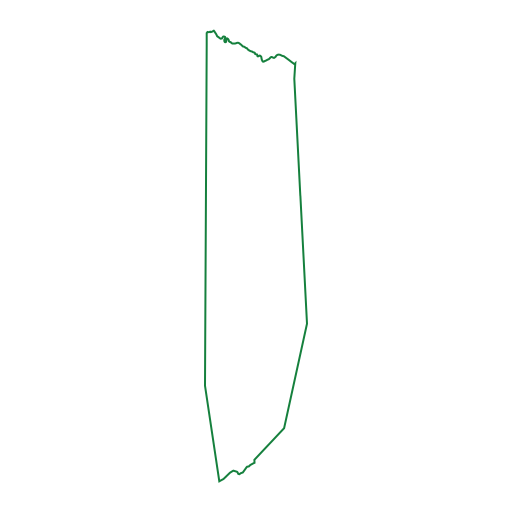 Machinda, Litoral, Equatorial Guinea
{"feature_id": "11065452B59369715507709", "entity_name": "Machinda", "entity_type": "district", "adm_level": 2, "iso_a3": "GNQ", "parent_name": "Equatorial Guinea", "parent_adm1": "Litoral", "projection": "natural_earth1", "projection_center": [9.965, 1.936], "detail": "fine", "context": "isolated", "style": "outline", "palette": "green", "viewbox_px": 512, "rotation_deg": 0, "n_neighbors": 0, "source": "geoboundaries", "source_scale": "gbopen_adm2", "svg_char_len": 2569}
<svg xmlns="http://www.w3.org/2000/svg" viewBox="0 0 512 512"><path d="M219.3,481.3L220.7,480.5L223.5,479.0L226.5,476.1L229.9,472.8L230.0,472.7L232.9,470.9L233.1,470.9L233.4,470.8L233.6,470.7L233.8,470.8L236.8,471.7L237.0,471.8L237.3,472.0L237.5,472.3L237.6,472.5L238.3,473.9L239.4,474.2L240.6,473.3L240.8,473.2L241.0,473.1L242.8,472.5L244.7,469.9L246.6,467.2L246.8,467.0L247.0,466.9L247.2,466.7L247.3,466.7L247.5,466.7L248.9,466.4L250.0,465.3L250.1,465.2L250.3,465.0L253.4,463.3L254.5,462.8L254.4,459.8L284.1,428.2L307.0,323.7L300.4,196.1L300.3,195.4L294.3,78.7L295.2,64.5L295.3,63.3L295.1,63.5L294.2,64.0L293.3,63.3L291.9,62.3L288.8,59.9L283.8,56.2L282.3,55.9L280.1,54.8L278.7,54.6L277.6,54.8L276.6,55.4L276.2,55.8L275.9,56.3L275.5,56.9L274.5,57.6L274.0,57.9L273.3,57.7L272.6,57.4L271.8,57.0L271.4,57.0L270.7,57.3L270.2,57.8L269.7,58.3L269.4,58.7L268.6,59.3L268.0,59.5L267.5,59.7L267.0,60.0L266.6,60.2L266.1,60.5L265.5,60.8L264.6,61.1L264.4,61.2L263.9,61.6L263.1,61.7L262.8,61.5L262.5,61.2L262.4,60.9L262.2,60.4L261.8,59.8L261.7,59.1L261.5,58.4L261.4,57.5L261.2,56.7L260.7,56.2L260.3,55.8L260.1,55.7L259.8,55.6L259.5,55.6L259.2,55.7L258.9,56.0L258.3,56.3L258.0,56.3L257.7,56.3L257.4,56.0L257.4,55.6L257.1,54.8L257.0,54.5L256.7,54.5L256.1,54.3L255.7,54.2L255.2,54.0L255.1,53.5L254.9,53.1L254.7,52.8L254.5,52.6L253.5,52.4L252.9,52.1L252.0,51.5L251.3,51.4L250.5,51.1L249.2,50.5L248.7,50.0L247.8,49.5L247.1,48.4L246.5,48.1L245.6,47.8L244.9,47.2L244.1,46.7L243.0,46.5L241.9,45.5L241.2,44.7L240.3,44.2L239.9,43.7L238.6,42.9L238.0,42.8L237.2,42.8L236.7,43.0L235.9,43.3L235.1,43.5L234.2,43.5L233.0,43.5L232.4,43.5L231.5,43.1L231.3,42.7L231.0,42.4L230.3,42.0L229.7,41.9L229.0,41.3L228.8,40.5L228.6,39.9L228.2,39.2L227.8,38.8L227.3,38.5L227.1,38.4L227.0,38.5L226.8,38.8L226.7,39.0L226.5,39.8L226.4,40.2L226.3,40.6L226.2,41.0L226.2,41.5L226.0,41.8L225.9,42.0L225.6,42.2L224.9,42.1L224.6,41.7L224.4,41.3L224.3,40.5L224.3,39.8L224.6,39.2L224.9,38.6L225.1,38.1L225.2,37.7L225.2,37.3L225.0,36.9L224.8,36.8L224.3,36.6L223.5,36.5L223.2,36.6L222.9,36.9L222.6,37.3L222.2,38.1L222.0,38.4L221.3,38.6L220.6,38.7L219.8,38.2L218.1,36.8L217.9,36.8L217.2,36.3L217.0,35.8L216.7,35.2L216.2,34.2L215.9,33.7L215.2,32.7L214.9,32.2L214.2,31.1L213.8,30.7L213.3,30.9L212.9,31.3L212.5,31.5L211.9,31.7L211.7,31.8L211.2,32.0L210.7,32.1L210.5,31.9L210.3,31.7L210.1,31.7L209.8,31.9L209.5,32.0L209.1,32.1L208.9,32.1L208.4,32.1L207.9,32.1L207.5,32.0L206.8,33.0L206.7,33.1L206.7,33.3L206.7,41.7L206.7,44.4L205.8,224.4L205.4,303.9L205.0,385.7L219.3,481.3Z" fill="none" stroke="#15803d" stroke-width="2"/></svg>